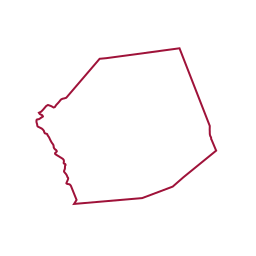 the district of San Isidro, Choluteca, Honduras, rotated 327°
{"feature_id": "27666195B38345308058924", "entity_name": "San Isidro", "entity_type": "district", "adm_level": 2, "iso_a3": "HND", "parent_name": "Honduras", "parent_adm1": "Choluteca", "projection": "orthographic", "projection_center": [-87.295, 13.646], "detail": "fine", "context": "isolated", "style": "outline", "palette": "rose", "viewbox_px": 256, "rotation_deg": 327, "n_neighbors": 0, "source": "geoboundaries", "source_scale": "gbopen_adm2", "svg_char_len": 3934}
<svg xmlns="http://www.w3.org/2000/svg" viewBox="0 0 256 256"><g transform="rotate(327 128 128)"><path d="M189.6,195.0L191.7,183.3L191.7,183.2L191.7,182.9L191.7,182.7L191.8,182.5L191.8,182.4L192.0,182.1L192.2,181.8L192.3,181.6L192.4,181.4L192.5,181.2L192.5,180.8L192.6,180.4L192.6,179.8L192.6,179.6L192.8,179.1L192.9,178.7L193.0,178.3L193.1,178.1L193.2,177.9L193.4,177.6L193.5,177.3L193.7,177.0L194.2,176.2L194.4,175.9L194.9,175.1L195.0,174.9L195.3,174.4L195.6,173.9L195.7,173.7L196.0,173.3L197.7,170.8L214.6,89.2L147.8,57.6L141.9,54.5L92.7,69.0L90.8,68.5L89.3,67.9L87.7,67.6L86.3,67.9L84.9,68.4L82.8,69.0L80.3,69.6L78.0,70.6L76.8,70.3L76.2,69.2L75.7,68.1L74.6,66.6L73.4,65.1L71.4,65.0L68.7,65.8L66.7,66.4L64.1,67.0L61.6,66.7L61.6,66.9L61.6,67.1L61.6,67.3L61.6,67.6L61.6,67.8L61.6,68.0L61.7,68.4L61.8,68.5L62.3,69.4L62.5,69.8L62.8,70.2L62.9,70.4L62.9,70.5L63.0,70.6L63.0,70.9L63.0,71.1L63.0,71.4L63.0,71.5L63.0,71.8L62.9,71.9L62.9,72.0L62.7,72.1L62.4,72.1L62.2,72.1L61.8,72.0L61.2,72.1L60.8,72.1L60.5,72.0L60.3,72.0L60.2,72.0L59.7,72.1L59.4,72.1L59.0,72.1L58.5,72.1L58.4,72.1L58.1,72.1L57.8,71.9L57.3,71.7L57.1,71.7L56.7,71.4L56.3,71.3L56.2,71.3L55.8,71.4L55.7,71.5L55.4,71.8L55.2,72.0L55.0,72.3L54.8,72.6L54.7,72.8L54.6,73.1L54.4,73.4L54.3,73.6L54.2,73.8L54.2,74.0L54.1,74.5L54.0,74.8L53.9,75.0L53.8,75.4L53.7,75.6L53.6,75.8L53.5,76.1L53.4,76.3L53.3,76.5L53.2,76.6L53.1,77.0L53.1,77.3L53.1,77.5L53.2,77.8L53.3,78.0L53.8,78.8L54.6,80.2L54.8,80.6L55.2,81.1L55.2,81.3L55.3,81.4L55.4,81.6L55.4,81.8L55.6,82.2L55.7,82.6L55.7,82.9L55.8,83.2L55.8,83.5L55.9,84.0L55.9,84.5L55.8,84.8L55.8,85.0L55.6,85.4L55.6,85.7L55.5,86.1L55.4,86.3L55.4,86.5L55.4,86.8L55.4,87.0L55.5,87.1L55.5,87.3L55.8,87.6L56.1,88.0L56.3,88.3L56.5,88.5L56.8,88.8L56.9,89.0L56.9,89.3L56.9,89.5L56.8,89.8L56.7,90.0L56.6,90.6L56.6,90.9L56.7,91.3L56.7,91.8L56.7,92.2L56.7,92.4L56.7,92.6L56.7,93.0L56.5,94.2L56.3,95.8L56.2,96.7L56.2,97.2L56.1,97.6L56.1,97.9L56.1,98.3L56.1,99.1L56.1,99.5L56.2,100.4L56.2,100.7L56.2,101.1L56.2,101.3L56.2,101.5L56.0,101.9L56.0,102.2L55.8,102.5L55.7,102.9L55.6,103.0L55.4,103.4L55.3,103.6L55.2,103.7L55.2,103.9L55.1,104.1L55.1,104.3L55.1,104.5L55.0,104.8L55.0,105.0L55.1,105.4L55.1,105.6L55.1,105.8L55.2,106.0L55.2,106.3L55.3,106.4L55.3,106.5L55.5,106.8L55.5,107.0L55.7,107.3L55.7,107.5L55.7,107.8L55.7,108.1L55.7,108.3L55.7,108.6L55.6,108.8L55.4,108.9L55.1,109.0L54.5,109.1L53.7,109.3L53.3,109.3L53.1,109.5L52.9,109.7L52.9,109.8L52.8,110.0L52.9,110.3L52.9,110.5L53.0,110.7L53.0,110.9L53.3,111.4L53.5,111.9L53.7,112.4L54.5,114.0L54.9,114.8L55.2,115.6L55.7,116.5L56.1,117.5L56.3,117.8L56.4,118.1L56.5,118.4L56.6,118.8L56.6,119.1L56.6,119.3L56.7,119.5L56.6,119.9L56.6,120.0L56.5,120.3L56.4,120.5L56.1,121.1L55.8,121.4L55.7,121.5L55.4,121.8L55.2,122.0L55.0,122.3L54.9,122.5L54.9,122.8L55.0,123.0L55.1,123.3L55.3,123.5L55.5,123.6L55.6,123.8L55.7,124.0L55.7,124.3L55.7,124.5L55.6,124.8L55.5,125.0L55.4,125.0L55.1,125.1L54.9,125.2L54.8,125.3L54.7,125.4L54.4,125.7L54.2,126.0L53.9,126.4L53.7,126.6L53.6,126.8L53.4,127.1L53.3,127.3L53.2,127.4L53.1,127.5L52.9,127.7L52.5,128.1L52.3,128.3L52.1,128.4L51.9,128.5L51.6,128.7L51.4,128.9L51.2,129.0L50.9,129.3L50.8,129.5L50.7,129.6L50.6,129.8L50.6,130.1L50.6,130.3L50.7,130.9L50.7,131.4L50.9,132.4L50.9,132.7L50.9,132.9L50.9,133.1L50.9,133.6L50.9,134.0L50.9,134.4L50.8,134.7L50.8,134.9L50.7,135.3L50.6,135.7L50.6,135.8L50.5,136.0L50.5,136.4L50.5,136.5L50.6,136.8L50.6,137.0L50.5,137.4L50.4,137.5L50.3,137.8L50.2,137.9L50.1,138.0L49.9,138.2L49.5,138.5L49.1,138.8L48.6,139.1L48.2,139.4L48.1,139.5L47.9,139.6L47.3,140.0L46.8,140.4L46.6,140.5L46.4,140.6L46.2,140.8L46.2,141.0L46.3,141.3L46.4,141.5L46.5,141.6L46.7,141.9L47.1,142.3L47.3,142.5L47.6,142.7L47.8,142.9L47.9,143.0L48.1,143.2L48.2,143.4L48.3,143.5L48.4,143.8L48.5,144.0L48.5,144.4L48.6,144.7L48.6,144.9L48.6,145.2L48.6,145.5L45.7,160.3L41.4,162.3L101.7,194.5L133.6,201.5L147.6,199.5L189.6,195.0Z" fill="none" stroke="#9f1239" stroke-width="2"/></g></svg>